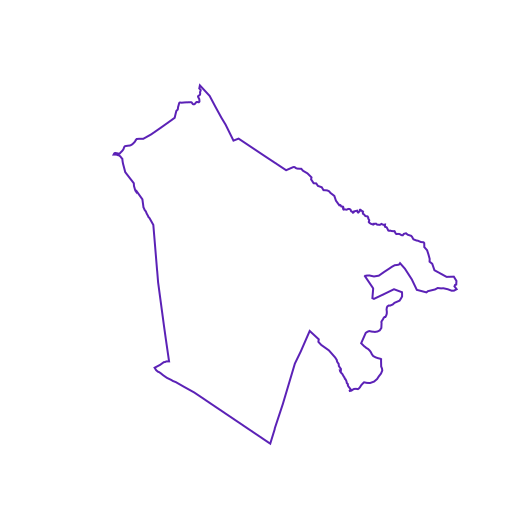 San Francisco Telixtlahuaca, Oaxaca, Mexico (Natural Earth projection), rotated 144°
{"feature_id": "50627088B991618938085", "entity_name": "San Francisco Telixtlahuaca", "entity_type": "district", "adm_level": 2, "iso_a3": "MEX", "parent_name": "Mexico", "parent_adm1": "Oaxaca", "projection": "natural_earth1", "projection_center": [-96.95, 17.367], "detail": "fine", "context": "isolated", "style": "outline", "palette": "violet", "viewbox_px": 512, "rotation_deg": 144, "n_neighbors": 0, "source": "geoboundaries", "source_scale": "gbopen_adm2", "svg_char_len": 6061}
<svg xmlns="http://www.w3.org/2000/svg" viewBox="0 0 512 512"><g transform="rotate(144 256 256)"><path d="M354.8,95.8L342.8,104.8L342.0,105.6L321.4,120.4L287.8,146.1L276.0,152.4L256.6,163.8L256.2,161.7L256.1,161.2L254.3,152.2L254.2,151.9L254.2,151.7L255.9,150.0L256.0,149.8L255.5,145.7L252.5,136.8L252.0,131.6L251.8,129.4L251.6,127.3L251.8,124.2L252.2,123.7L252.6,122.0L252.5,120.3L253.2,119.0L253.6,118.4L253.7,117.0L253.7,114.7L254.8,113.3L255.4,114.0L255.7,113.3L255.8,111.6L255.5,110.0L255.9,106.5L255.8,105.8L256.3,104.4L256.0,103.8L256.4,101.6L257.2,99.8L257.0,98.3L257.7,97.4L257.9,96.5L257.8,92.6L259.3,91.9L260.2,92.0L257.9,91.0L256.2,91.0L254.8,90.8L253.2,89.8L251.8,88.4L250.4,88.4L249.1,88.7L246.9,89.6L244.5,90.1L242.8,90.3L240.9,88.2L238.4,86.2L234.3,85.0L230.3,85.3L227.5,86.4L224.0,87.4L221.2,89.1L220.3,90.7L219.9,92.1L219.7,93.0L216.7,97.3L216.0,98.3L215.4,99.0L215.5,99.4L217.5,101.8L218.8,103.7L220.0,106.2L220.0,108.5L219.6,110.7L219.6,112.5L219.9,114.6L220.3,115.7L220.8,116.6L221.1,118.2L221.5,119.2L222.2,123.6L212.4,129.3L210.3,129.2L208.5,128.7L206.5,126.5L205.6,125.8L204.5,124.7L202.1,123.5L199.6,123.1L196.9,124.1L195.4,126.0L193.8,128.0L193.4,128.9L192.4,129.5L190.4,130.2L189.3,130.8L187.9,131.1L187.2,130.6L185.7,131.3L184.2,132.4L183.0,133.9L181.8,136.0L180.3,137.5L179.2,138.0L177.6,137.9L176.8,137.1L173.9,136.4L171.5,136.7L169.2,136.2L166.1,135.5L163.5,136.5L161.6,137.4L160.0,139.6L159.2,140.9L163.9,148.0L174.6,149.9L185.8,152.0L186.6,153.5L180.4,160.7L180.2,161.5L179.7,176.5L179.3,175.5L178.1,175.2L175.7,173.6L172.6,170.1L168.2,167.9L162.0,167.8L155.7,167.5L152.4,167.4L149.2,167.0L147.8,166.2L146.1,165.3L145.0,165.0L143.7,165.5L143.0,158.2L143.7,145.5L145.8,134.1L139.5,126.4L137.6,126.5L130.8,123.7L127.8,123.3L125.3,121.0L123.4,119.8L120.4,116.4L118.1,112.9L116.2,111.6L113.2,111.2L113.3,114.8L111.9,115.6L110.8,115.2L108.5,118.0L108.1,123.0L114.1,127.1L120.0,139.6L118.0,146.1L118.9,149.4L117.2,151.6L115.6,155.8L114.2,160.1L114.6,164.3L113.3,166.1L112.3,167.6L112.4,168.6L114.4,170.4L115.9,173.0L116.8,174.0L117.0,174.1L118.8,176.9L118.8,177.7L118.5,179.5L118.6,181.1L120.8,184.1L121.3,186.2L123.4,187.0L125.1,186.5L126.1,187.4L126.7,188.9L127.3,189.8L128.4,190.6L129.6,191.3L129.7,192.9L129.3,194.4L129.5,194.9L130.2,195.2L131.9,196.8L132.6,197.8L133.5,198.1L134.0,198.9L133.5,201.7L133.5,202.5L134.1,203.3L134.4,203.6L134.4,204.1L134.2,204.5L133.9,204.7L133.1,205.6L134.6,206.3L135.3,207.5L135.6,208.2L137.5,208.4L139.6,210.2L139.9,211.6L141.3,212.5L141.3,212.3L142.7,212.5L143.9,214.2L144.0,214.3L144.7,216.0L144.8,217.2L144.5,217.5L144.0,217.8L143.4,218.3L143.3,218.6L143.2,220.3L142.6,221.2L142.5,221.9L142.5,222.5L143.6,223.5L144.1,224.3L144.1,225.5L144.2,226.2L144.6,227.1L144.5,227.6L144.1,228.4L143.4,228.8L143.4,229.5L143.9,230.2L144.3,232.0L144.6,232.3L144.8,232.3L145.3,231.4L145.7,231.4L147.7,231.0L147.9,231.2L148.0,231.5L147.6,232.8L147.5,233.2L150.1,234.3L150.7,234.5L151.1,234.0L151.6,233.9L152.1,234.0L152.1,234.8L152.3,235.5L152.6,235.9L152.7,236.6L152.3,237.7L152.4,238.3L152.7,239.0L153.0,239.3L153.5,239.7L153.9,239.9L154.4,240.0L155.0,240.1L155.6,240.3L156.8,241.6L157.6,241.9L157.9,242.1L157.9,242.7L157.5,243.5L157.1,243.5L156.7,244.0L156.6,244.7L156.7,244.9L157.9,245.9L157.8,246.7L157.8,247.5L158.1,248.0L158.3,248.1L158.8,248.1L158.8,248.9L158.8,253.8L157.3,258.6L158.7,263.3L158.8,265.3L159.7,267.0L160.6,267.9L162.7,269.6L162.4,273.0L164.7,276.3L164.6,279.3L166.6,281.0L166.4,285.6L164.9,287.0L165.8,292.6L167.9,297.4L168.1,299.9L171.2,302.4L172.1,303.7L172.5,305.2L173.5,306.0L181.2,307.7L190.2,331.7L201.1,361.2L206.4,362.6L203.4,380.1L202.7,388.3L201.1,400.8L199.4,412.8L201.1,427.0L203.4,424.9L203.3,424.6L203.3,424.2L203.2,423.4L203.2,423.1L203.2,422.8L203.4,422.6L203.6,422.3L204.6,421.7L204.9,421.5L205.1,421.3L205.2,421.0L205.6,420.3L205.8,420.1L206.1,419.8L206.4,419.5L206.7,419.4L207.0,419.3L207.4,419.3L208.3,419.4L208.6,419.4L208.8,419.3L209.0,419.2L209.3,418.9L209.3,418.6L209.5,417.8L209.6,416.6L209.7,416.2L209.9,415.9L210.8,414.4L211.0,414.2L211.4,414.0L211.7,414.0L211.9,414.0L212.1,414.1L212.3,414.3L212.9,415.0L213.2,415.3L213.4,415.4L213.6,415.5L213.8,415.5L214.1,415.5L216.1,415.0L216.4,415.0L216.8,415.1L217.1,415.2L217.4,415.5L217.6,415.7L217.8,416.1L217.8,416.5L217.8,416.9L217.8,417.3L217.8,417.7L217.8,418.0L217.9,418.3L218.1,418.5L218.3,418.7L223.0,421.9L226.0,423.7L226.3,423.9L226.5,424.1L227.0,424.6L227.2,424.8L227.3,424.9L227.7,425.0L227.8,425.0L228.1,424.9L228.3,424.8L228.6,424.6L230.7,422.9L231.0,422.7L231.5,422.3L232.6,421.1L232.9,420.8L233.3,420.5L233.6,420.4L233.9,420.4L234.9,420.3L235.1,420.2L235.9,419.6L240.6,415.6L254.7,415.7L269.3,416.0L278.4,417.1L281.6,419.5L283.8,420.8L285.0,420.5L285.0,420.4L285.6,420.2L286.5,419.8L287.0,419.6L288.3,419.4L288.7,419.3L289.3,419.2L291.0,419.1L292.4,419.3L293.5,419.7L294.4,420.3L297.3,421.8L298.0,421.8L298.2,421.7L298.5,421.6L299.2,421.2L300.3,420.4L300.8,420.2L301.3,420.0L302.8,419.6L304.9,419.3L305.5,419.1L305.9,419.0L306.1,419.1L306.3,419.1L306.6,419.3L306.8,419.4L307.0,419.6L307.7,420.4L309.1,421.9L309.3,422.1L309.6,422.2L309.8,422.3L310.2,422.3L310.4,422.3L310.6,422.2L310.8,422.1L311.4,421.8L311.6,421.7L311.2,421.4L310.9,421.3L310.4,420.9L309.1,419.8L308.8,419.3L308.6,418.9L308.2,418.6L307.9,418.2L307.5,417.2L307.3,416.6L307.2,416.2L307.2,415.8L307.2,415.0L307.2,414.5L307.0,413.3L308.5,410.6L309.3,408.9L312.5,400.7L312.4,396.9L312.1,386.7L313.1,385.1L313.6,384.3L314.2,382.6L315.0,380.4L315.2,379.4L315.2,378.5L315.2,378.4L314.9,378.7L314.5,378.8L314.6,368.6L318.5,361.4L318.6,360.4L319.0,358.9L319.0,357.5L318.9,357.1L319.0,356.5L319.5,354.6L319.8,351.9L320.1,350.9L319.9,349.8L319.9,349.0L320.8,341.5L330.2,326.0L344.6,302.3L344.8,301.9L345.1,301.4L350.7,292.2L371.4,253.8L377.2,242.9L388.3,221.8L390.5,223.4L391.9,223.7L393.0,224.3L397.6,224.3L403.7,225.2L403.9,222.3L403.6,221.1L403.3,219.9L402.7,219.1L402.1,217.5L401.9,216.8L401.2,214.1L399.7,209.8L397.3,205.3L396.8,203.9L395.0,201.1L391.1,192.4L386.2,181.9L354.8,95.8Z" fill="none" stroke="#5b21b6" stroke-width="2"/></g></svg>